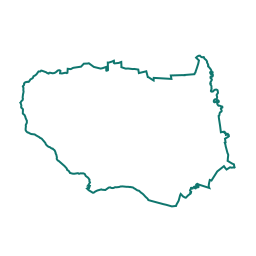 Remetea, Harghita, Romania (Mercator projection), rotated 3°
{"feature_id": "2599482B72781380218321", "entity_name": "Remetea", "entity_type": "district", "adm_level": 2, "iso_a3": "ROU", "parent_name": "Romania", "parent_adm1": "Harghita", "projection": "mercator", "projection_center": [25.391, 46.802], "detail": "fine", "context": "isolated", "style": "outline", "palette": "teal", "viewbox_px": 256, "rotation_deg": 3, "n_neighbors": 0, "source": "geoboundaries", "source_scale": "gbopen_adm2", "svg_char_len": 5693}
<svg xmlns="http://www.w3.org/2000/svg" viewBox="0 0 256 256"><g transform="rotate(3 128 128)"><path d="M96.3,194.5L97.1,194.4L98.7,193.1L100.7,192.0L104.6,190.7L105.2,191.0L108.6,191.1L111.9,188.5L113.4,188.2L114.3,188.7L115.4,188.8L116.3,188.7L117.0,188.5L117.7,188.0L118.3,187.8L119.7,187.8L122.1,187.4L123.6,186.8L125.7,186.6L129.4,186.8L131.3,186.7L132.6,186.9L133.1,186.7L134.3,187.0L134.7,186.9L136.2,187.2L137.7,188.2L138.4,188.4L139.7,189.3L140.7,189.8L142.3,190.1L144.3,191.8L145.9,192.8L147.0,193.7L149.1,195.8L151.2,197.5L152.1,198.9L155.1,199.6L167.3,202.2L170.2,202.7L175.9,204.0L180.1,203.3L180.4,202.0L182.0,198.8L182.4,197.9L183.6,192.3L184.1,191.1L186.6,193.5L188.7,194.5L189.4,194.6L191.7,192.0L193.7,190.4L193.5,189.8L193.8,189.7L193.9,189.4L194.3,189.3L194.3,189.0L194.4,188.3L193.6,187.8L193.2,187.1L193.6,186.0L194.0,185.5L194.0,185.0L194.1,184.5L194.6,184.4L194.9,184.5L195.3,185.1L195.8,185.0L196.1,184.3L197.1,183.2L197.5,183.1L197.7,184.1L198.0,184.6L198.4,184.8L198.8,184.7L199.0,184.4L199.4,183.6L199.3,183.0L199.7,182.7L200.3,182.8L200.8,183.6L201.4,183.4L201.5,182.8L201.3,182.4L201.1,182.2L200.7,182.0L200.0,182.2L199.8,182.1L199.7,181.8L199.2,181.7L199.0,181.3L199.0,181.1L199.3,180.7L200.1,180.1L202.0,180.9L212.3,183.6L211.8,182.6L211.6,181.1L211.9,178.5L212.4,175.6L214.1,176.1L219.4,166.7L225.8,161.1L227.4,163.1L228.6,164.3L232.0,161.9L233.3,162.2L235.3,161.9L236.0,161.6L236.4,162.1L236.8,162.5L236.6,162.0L236.1,160.7L235.7,158.8L233.7,158.0L229.2,155.6L229.3,154.0L229.3,153.1L229.5,150.1L229.4,149.2L228.7,147.9L226.4,140.8L226.3,140.0L225.4,137.6L226.2,137.3L225.4,133.6L228.5,131.6L229.2,130.9L228.9,129.8L228.5,129.9L228.3,129.2L227.7,129.3L227.6,128.7L226.8,128.9L227.0,129.5L226.1,129.8L225.7,127.9L224.9,127.9L224.7,126.9L223.9,127.0L223.8,126.7L221.0,127.4L219.8,120.8L218.2,113.1L217.9,111.2L218.4,110.9L218.5,110.7L218.6,109.9L218.7,108.9L219.0,107.7L220.4,106.7L220.6,106.3L220.6,105.7L219.7,103.9L219.7,103.6L219.9,103.3L221.1,102.7L221.2,102.3L221.0,101.7L219.3,101.3L218.4,100.9L217.3,101.0L217.1,100.9L216.3,100.0L215.9,99.3L215.8,98.8L215.8,98.5L216.1,98.0L217.2,97.3L217.3,97.0L217.3,96.6L217.2,96.3L216.4,95.6L216.1,95.5L215.2,95.8L215.0,96.1L215.1,96.6L214.9,97.1L213.8,97.6L213.0,97.8L212.4,97.4L212.3,97.1L212.3,96.3L212.7,95.4L213.2,94.9L214.5,94.7L215.3,93.5L215.4,92.8L215.3,92.0L215.1,91.3L214.8,90.7L214.8,90.4L215.0,89.8L215.8,88.7L216.0,88.2L215.9,87.5L215.5,85.7L214.8,85.2L214.2,85.0L212.9,85.2L212.1,85.7L211.0,87.0L210.5,87.2L209.4,87.3L209.2,87.2L208.9,86.8L208.9,86.0L209.3,85.4L209.3,85.1L209.4,84.0L209.2,83.7L209.2,82.5L209.1,81.7L208.9,81.3L208.7,80.9L208.1,80.4L207.9,79.7L208.3,79.6L208.4,79.1L207.9,78.3L208.0,77.9L209.1,75.9L209.2,75.2L208.9,74.6L208.0,74.1L207.8,73.6L207.7,72.8L207.9,72.3L208.2,72.1L208.7,72.1L209.2,72.4L209.5,72.3L209.9,71.7L210.0,70.7L209.9,70.3L209.6,70.0L209.1,69.8L208.6,70.0L208.3,70.0L207.9,69.8L207.4,69.1L207.1,68.4L207.2,67.9L207.5,67.7L208.1,67.8L208.3,68.0L208.5,68.3L208.4,69.3L208.6,69.5L208.8,69.5L209.1,69.4L209.4,69.0L209.6,68.4L209.6,67.9L208.7,67.5L207.9,65.7L207.4,64.9L206.0,63.3L205.4,62.7L205.0,62.5L204.7,62.1L204.7,61.4L204.9,61.1L204.5,60.1L203.5,58.5L203.5,57.5L203.1,56.9L202.5,56.1L200.5,54.5L200.2,53.4L199.6,53.2L198.5,53.5L197.9,53.4L196.8,52.8L196.0,52.0L194.7,52.2L194.2,52.5L193.2,53.2L192.3,54.2L195.3,56.8L194.8,60.0L193.6,64.6L192.7,67.6L192.4,69.1L191.8,69.8L191.5,70.8L181.7,72.1L181.7,72.3L178.8,72.4L168.0,73.3L168.8,76.7L151.1,76.6L151.1,79.2L150.5,78.9L145.6,76.1L145.1,76.1L143.3,70.4L136.0,72.6L135.2,69.1L131.2,68.7L129.6,68.9L125.3,68.6L122.4,68.8L119.9,68.1L118.2,67.6L118.1,65.3L117.8,62.4L117.3,62.6L115.4,63.5L111.1,64.2L110.5,63.8L110.5,61.8L110.4,61.5L108.6,62.5L105.3,63.7L104.4,63.7L105.0,71.2L104.6,71.6L104.0,71.6L103.5,71.9L103.3,71.8L103.2,70.2L102.9,68.2L99.4,69.6L97.6,70.1L90.7,68.8L85.5,65.4L84.6,65.7L80.5,66.1L77.9,69.2L70.5,70.7L69.7,71.0L68.3,71.9L67.7,72.2L64.7,72.0L64.6,76.0L64.0,76.4L62.5,76.1L59.2,77.0L57.3,76.9L57.5,74.4L56.8,74.0L56.3,73.9L55.3,74.1L54.6,74.5L53.7,75.5L52.6,76.4L51.4,77.0L49.9,77.3L47.3,76.9L46.8,76.9L46.2,77.2L45.9,77.8L44.5,77.4L43.5,76.7L42.0,76.2L39.4,75.4L38.3,75.2L37.5,76.1L35.7,76.2L33.7,79.3L32.3,80.5L30.9,81.3L30.4,82.9L29.5,83.7L28.1,84.5L27.7,85.1L27.3,85.9L26.9,86.3L26.8,86.7L26.4,87.1L25.6,87.3L25.2,87.1L24.6,87.2L23.7,87.6L23.2,87.6L22.8,87.9L21.9,88.9L22.0,89.9L21.7,90.9L21.0,91.5L20.8,92.0L21.1,92.5L21.3,93.1L21.5,93.4L21.5,95.9L21.8,96.7L21.7,98.3L21.4,99.8L21.2,102.8L21.2,103.5L21.5,104.1L21.4,105.4L20.0,107.0L19.5,108.1L19.2,108.4L19.5,108.7L20.3,111.0L20.3,111.5L20.2,112.3L20.3,113.2L21.2,113.9L22.1,114.8L22.2,119.0L22.4,119.3L22.9,119.6L24.0,120.5L24.9,122.2L25.1,123.1L26.3,125.5L26.6,125.9L26.7,127.9L26.4,129.0L26.0,129.6L25.8,130.2L25.8,131.1L26.0,132.0L25.9,132.4L25.8,134.6L26.0,135.8L27.0,137.0L27.9,137.7L29.0,137.8L29.6,138.3L31.7,139.1L35.2,139.3L35.4,139.5L36.2,139.9L36.4,140.1L40.1,141.9L40.3,142.2L40.7,142.5L42.1,143.0L42.6,143.4L46.2,147.2L46.5,148.0L47.2,149.0L47.7,149.5L49.1,150.6L49.9,151.0L50.9,151.2L52.7,152.4L53.7,152.5L54.0,152.6L54.2,153.0L55.6,153.9L56.2,154.7L56.9,156.2L57.1,156.9L57.1,157.3L57.9,158.6L58.2,160.0L58.5,160.8L58.5,161.5L58.4,162.0L58.5,162.7L59.2,163.7L59.6,164.1L60.5,164.5L66.6,169.3L69.0,171.7L69.3,172.9L70.5,173.6L71.2,174.1L71.7,174.9L72.3,175.5L72.4,175.9L75.1,176.5L76.7,176.5L80.0,175.8L80.6,175.8L81.5,176.3L83.2,175.7L84.6,175.8L85.3,175.6L86.0,175.7L87.2,176.2L88.3,178.1L90.7,179.7L91.5,180.6L91.9,181.3L92.2,181.5L92.2,183.1L92.9,184.4L92.5,185.0L91.6,186.8L91.0,187.7L92.9,187.8L92.3,189.9L91.4,189.6L90.2,190.6L90.5,190.8L91.9,192.1L96.3,194.5Z" fill="none" stroke="#0f766e" stroke-width="2"/></g></svg>